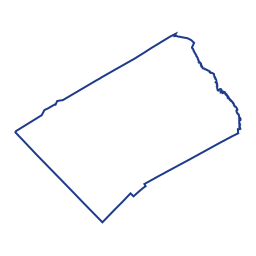 San Isidro, Buenos Aires, Argentina (Robinson projection)
{"feature_id": "61730980B51340579014160", "entity_name": "San Isidro", "entity_type": "district", "adm_level": 2, "iso_a3": "ARG", "parent_name": "Argentina", "parent_adm1": "Buenos Aires", "projection": "robinson", "projection_center": [-58.492, -34.488], "detail": "fine", "context": "isolated", "style": "outline", "palette": "blue", "viewbox_px": 256, "rotation_deg": 0, "n_neighbors": 0, "source": "geoboundaries", "source_scale": "gbopen_adm2", "svg_char_len": 5009}
<svg xmlns="http://www.w3.org/2000/svg" viewBox="0 0 256 256"><path d="M239.5,129.2L239.6,128.9L239.8,129.0L240.1,129.0L240.3,128.9L240.1,128.4L239.8,128.4L239.7,128.4L239.9,128.2L240.0,128.1L239.9,128.0L239.8,127.8L239.6,127.6L239.8,127.4L239.6,127.1L239.8,126.9L239.8,126.7L239.4,126.4L239.4,125.9L239.4,125.6L239.6,125.6L239.7,125.1L239.8,125.1L240.0,124.9L239.9,124.7L240.0,124.4L239.6,124.2L239.5,123.9L239.2,123.7L239.2,123.3L239.3,123.1L239.5,123.1L239.5,122.9L239.3,122.7L239.2,122.5L239.3,121.6L239.3,121.0L239.2,120.8L239.2,120.7L239.6,120.6L239.7,120.4L240.0,120.3L240.6,119.9L240.6,119.7L240.5,119.4L240.3,119.3L240.2,119.2L240.4,118.8L240.4,118.5L240.3,118.2L240.2,118.0L240.1,117.9L239.5,117.6L239.3,117.7L239.2,117.8L239.2,117.4L239.2,116.9L238.9,115.8L238.9,115.5L238.8,115.4L238.9,115.0L238.5,114.4L238.2,114.0L237.9,113.9L237.7,113.5L237.6,113.4L237.4,113.4L237.3,113.0L237.2,112.8L236.9,112.6L236.7,111.7L236.5,111.1L236.4,110.9L236.4,110.5L236.5,110.4L236.7,110.2L237.4,109.8L237.4,109.5L236.9,108.8L236.8,108.4L236.3,107.4L236.1,107.1L235.5,106.7L235.1,106.5L234.8,106.5L234.6,106.4L234.5,106.1L234.6,105.7L234.2,105.1L233.9,105.0L233.8,104.9L233.8,104.6L233.9,104.3L233.6,103.6L233.3,103.5L233.2,103.4L233.3,103.2L233.1,102.9L233.1,102.6L232.6,102.5L232.5,102.3L232.2,101.9L232.1,101.5L231.9,101.4L231.7,101.3L231.4,101.1L231.1,100.9L230.9,100.9L230.9,100.7L231.1,100.6L230.9,100.2L230.5,100.0L230.3,100.0L230.2,100.0L230.1,99.9L229.9,99.9L229.8,99.7L230.1,99.5L230.1,99.4L229.8,99.2L229.3,98.8L229.2,98.7L228.9,98.5L228.4,98.5L228.3,98.4L228.2,98.3L228.5,98.2L228.5,97.8L228.4,97.7L228.5,97.5L228.4,97.4L228.6,97.4L228.4,97.0L228.1,97.1L227.8,97.0L227.8,96.9L228.0,96.8L228.0,96.6L227.8,96.6L227.6,96.3L227.6,96.2L227.3,95.5L227.2,95.5L226.7,95.4L226.6,95.2L226.6,94.9L226.1,94.9L225.9,94.8L225.8,94.7L226.0,94.6L226.3,94.7L226.5,94.4L226.4,94.2L226.2,94.0L225.8,93.6L225.5,93.3L225.2,93.1L224.9,93.0L224.9,92.3L224.7,92.2L224.3,92.0L224.0,92.2L223.7,92.3L223.2,92.9L223.0,93.1L222.8,93.2L222.4,92.9L222.7,92.1L222.8,92.0L222.9,91.7L222.8,91.4L222.4,91.4L222.3,91.5L222.1,92.0L221.8,92.3L222.0,91.8L222.0,91.5L221.9,91.3L221.7,91.4L221.3,91.8L220.9,92.4L220.8,92.5L220.7,92.5L220.7,92.4L220.8,92.1L220.9,91.8L221.5,90.1L221.4,89.8L221.2,89.6L221.2,89.4L220.9,89.2L220.8,89.3L220.6,89.4L220.3,89.4L220.1,89.3L220.0,89.2L219.8,89.3L219.7,89.3L219.6,89.5L219.3,89.7L219.0,89.9L218.6,90.2L218.6,90.3L218.6,90.6L218.0,90.4L217.9,90.3L217.7,90.1L217.6,89.5L217.4,89.2L217.3,88.9L217.3,88.5L217.2,88.1L217.2,87.3L217.1,87.0L217.2,86.8L217.0,86.6L216.8,86.5L216.9,86.2L217.0,86.0L217.3,85.6L217.3,85.4L217.3,85.2L217.2,85.0L217.1,84.9L217.1,84.5L217.0,84.4L216.8,84.0L216.7,83.9L216.8,83.8L217.0,83.7L217.1,83.4L217.0,83.2L216.7,83.1L216.3,82.7L216.6,82.5L216.6,82.4L216.4,82.1L216.2,82.0L215.9,81.9L216.2,81.6L216.3,81.3L216.4,81.1L216.4,80.7L216.4,80.4L216.3,80.2L215.8,79.9L215.7,79.9L215.7,80.0L215.7,79.6L215.9,79.3L215.9,79.2L215.8,78.9L215.5,78.7L215.3,78.6L215.3,78.4L215.2,78.2L215.0,77.9L215.2,77.6L215.2,77.4L215.1,77.2L214.6,77.0L214.3,76.7L214.2,75.6L214.0,74.8L214.0,74.1L213.9,73.9L213.4,73.6L212.9,73.4L212.7,73.4L212.4,73.2L212.2,73.0L211.5,72.9L211.2,72.6L210.9,72.6L210.6,72.8L210.5,72.7L210.4,72.5L209.8,72.4L209.7,72.3L209.9,71.9L209.9,71.7L209.4,71.1L208.5,70.7L207.8,70.5L207.4,70.1L207.2,70.0L206.9,70.0L206.8,69.8L206.0,69.5L205.8,69.5L205.3,69.2L205.0,69.2L204.7,68.8L204.5,68.6L204.0,68.5L203.5,68.6L203.3,68.6L202.7,68.1L202.5,67.9L202.3,67.6L202.3,67.3L202.4,67.1L202.3,66.7L202.1,66.5L201.9,66.4L201.7,66.5L201.4,66.5L201.3,66.3L201.5,66.1L201.5,65.8L201.5,65.3L201.3,65.0L201.0,64.8L200.8,64.8L200.8,64.6L201.1,64.3L201.1,64.1L201.0,63.9L200.9,63.8L200.7,63.8L200.6,63.6L200.6,63.3L200.5,63.1L200.3,63.1L200.2,63.0L200.2,62.8L199.8,62.7L199.5,62.7L199.4,62.7L199.5,62.3L199.4,61.8L199.0,61.6L198.9,61.6L199.0,61.4L198.9,61.1L198.3,60.1L198.3,59.8L198.2,59.4L197.9,59.2L197.8,58.9L197.7,58.6L197.7,58.2L197.2,57.0L196.7,56.6L196.5,56.3L196.3,56.0L196.4,55.4L196.1,55.1L195.8,54.6L195.7,54.3L195.4,54.1L195.3,53.9L195.2,53.7L195.2,53.3L194.8,52.7L194.6,52.5L194.4,52.4L194.2,51.6L194.1,51.4L193.6,50.9L193.5,50.6L193.5,50.4L193.6,50.2L193.3,49.6L192.9,48.7L192.5,48.6L192.3,48.4L192.0,47.6L192.1,47.1L193.9,43.3L194.1,42.7L193.9,42.5L193.6,42.5L192.1,40.9L191.2,40.1L190.9,40.0L189.9,39.4L187.6,38.3L187.0,38.1L186.0,38.0L184.2,37.6L183.5,37.5L183.0,37.4L182.1,37.3L179.5,36.7L178.3,36.6L176.7,36.1L175.8,36.0L174.7,36.1L175.9,33.7L170.3,36.5L151.2,48.1L144.9,52.2L137.5,56.8L135.0,58.4L114.8,69.8L100.6,77.9L100.2,78.3L97.1,80.0L96.5,80.3L62.9,100.1L57.2,101.0L55.6,104.5L55.3,104.2L48.1,108.3L44.4,110.1L41.7,115.2L16.0,131.1L15.7,131.7L15.4,132.4L23.0,140.3L36.0,154.1L74.5,193.6L83.2,202.7L102.4,222.3L115.4,208.9L122.0,202.3L130.5,193.4L133.5,196.3L140.1,190.5L142.7,188.3L145.6,186.2L144.4,184.0L158.8,176.0L173.3,168.2L191.3,158.5L219.3,143.1L231.9,136.4L238.2,133.3L238.0,132.2L237.9,129.2L239.5,129.2Z" fill="none" stroke="#1e3a8a" stroke-width="2"/></svg>